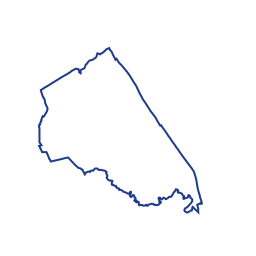 Iaslovat, Suceava, Romania (Albers equal-area conic projection), rotated 20°
{"feature_id": "2599482B36355944921749", "entity_name": "Iaslovat", "entity_type": "district", "adm_level": 2, "iso_a3": "ROU", "parent_name": "Romania", "parent_adm1": "Suceava", "projection": "albers", "projection_center": [25.985, 47.761], "detail": "fine", "context": "isolated", "style": "outline", "palette": "blue", "viewbox_px": 256, "rotation_deg": 20, "n_neighbors": 0, "source": "geoboundaries", "source_scale": "gbopen_adm2", "svg_char_len": 5820}
<svg xmlns="http://www.w3.org/2000/svg" viewBox="0 0 256 256"><g transform="rotate(20 128 128)"><path d="M222.0,171.7L219.3,168.3L219.1,167.8L218.6,167.2L218.2,166.3L217.5,165.7L216.3,164.0L214.1,160.8L209.9,153.4L207.8,150.3L205.6,147.4L204.7,146.4L201.8,144.2L189.4,136.1L184.5,132.7L181.5,130.5L179.7,129.5L178.9,128.7L173.8,125.3L170.1,122.5L169.4,122.2L168.0,121.1L165.6,119.3L159.6,115.2L158.2,114.2L157.5,114.8L153.6,111.7L150.1,108.6L143.6,104.5L136.1,98.7L132.2,96.0L129.4,93.4L126.4,90.8L121.5,85.8L117.3,82.7L113.7,79.7L111.6,78.1L108.1,75.7L100.4,71.2L98.1,70.2L97.4,69.7L96.7,69.4L95.7,68.6L94.7,67.7L93.5,66.8L92.9,67.7L92.8,68.0L88.1,63.6L86.9,62.3L86.1,61.7L85.2,61.3L84.2,60.6L83.0,59.3L80.5,61.8L79.9,63.5L78.1,66.5L77.2,67.1L76.6,68.4L74.4,68.2L73.7,68.3L73.9,71.6L73.8,72.4L73.2,73.5L71.8,75.5L70.6,76.6L68.9,77.7L67.9,79.6L67.5,81.6L66.8,82.5L66.6,83.5L66.7,84.5L66.6,86.4L66.6,86.7L66.2,87.2L65.4,87.9L63.3,90.3L63.7,90.5L63.8,91.0L64.1,91.4L64.6,91.8L64.6,92.0L64.4,92.3L64.5,92.7L64.0,92.5L63.5,92.5L63.0,92.2L62.9,91.8L63.1,91.4L63.1,91.2L62.8,91.0L61.8,90.5L61.3,89.7L58.6,90.1L56.6,92.5L55.7,93.4L55.0,94.5L54.6,95.4L54.1,95.9L53.7,96.2L53.3,97.0L49.2,101.8L42.8,109.9L36.6,117.8L36.2,118.0L34.6,120.4L33.6,121.6L33.1,122.2L33.2,122.4L33.5,122.9L34.7,124.4L35.1,125.0L35.9,126.0L36.7,126.9L37.2,127.6L37.7,128.1L37.9,128.0L39.5,129.4L39.6,129.7L40.1,130.0L40.9,131.4L41.2,132.1L41.9,133.2L43.3,134.5L43.6,135.0L45.0,136.1L45.5,136.9L46.1,138.7L46.1,140.0L45.9,141.4L45.4,143.7L45.3,145.0L44.9,146.1L43.9,146.0L43.7,147.1L43.7,147.9L43.8,149.0L43.7,149.4L43.9,151.0L44.1,151.0L44.1,151.6L43.8,152.2L44.0,153.2L44.0,153.5L43.8,154.0L43.6,154.6L43.6,154.8L44.0,155.0L44.0,155.4L43.9,155.7L44.0,155.7L43.9,156.6L43.7,156.7L44.4,157.9L44.7,158.1L45.8,161.0L48.4,168.1L49.6,171.6L52.6,173.9L50.6,175.2L52.6,177.2L52.8,177.1L55.5,180.0L59.7,178.6L62.3,181.3L64.5,183.8L64.7,184.0L64.9,183.9L66.9,185.9L73.9,181.4L75.9,180.1L79.5,177.6L81.8,176.2L85.9,178.3L91.1,180.9L95.2,182.5L96.7,182.2L97.0,182.2L98.3,182.8L98.7,182.8L99.2,182.6L99.5,182.7L100.0,183.4L101.2,184.5L101.6,184.6L102.6,185.9L103.3,186.4L103.7,184.6L103.9,184.0L104.1,183.7L105.1,183.0L105.5,182.6L105.8,182.4L106.2,182.3L107.2,182.4L107.3,182.2L107.4,181.9L107.6,181.0L108.2,180.5L109.5,180.2L110.0,179.8L110.3,178.5L110.6,177.9L110.9,177.5L111.2,177.2L112.4,176.8L113.2,176.6L113.7,176.8L114.0,177.1L114.5,177.3L114.9,177.4L115.6,177.2L116.2,176.8L116.9,176.6L119.0,176.4L120.2,176.1L120.9,176.1L122.6,176.5L123.0,176.8L123.1,177.1L122.8,177.6L122.8,177.9L124.6,179.5L125.0,180.2L125.1,180.5L124.9,181.2L124.9,181.6L125.0,182.0L125.2,182.3L126.2,182.9L126.5,183.2L127.6,183.6L128.5,183.7L130.3,183.1L131.1,183.0L131.5,183.1L131.6,183.3L131.4,184.6L131.5,185.2L132.0,186.4L132.1,186.6L132.4,186.8L132.7,186.9L132.9,186.9L133.2,186.5L133.4,186.4L135.1,186.9L136.2,186.6L136.9,186.7L137.0,187.1L137.1,187.6L137.3,187.8L137.8,188.0L138.5,187.9L139.0,188.1L139.9,188.0L140.3,188.0L140.3,188.7L140.6,189.1L140.9,189.2L141.2,189.1L141.8,188.8L142.8,188.6L144.4,188.9L145.3,189.4L145.8,189.4L148.9,189.4L149.7,189.7L150.3,189.7L150.7,189.6L151.0,189.5L151.5,188.9L151.7,188.5L151.9,187.2L152.0,187.1L152.4,186.9L152.7,187.0L153.0,188.1L153.0,188.6L152.6,189.3L152.6,190.0L152.6,190.6L153.1,191.2L153.7,191.7L154.2,191.8L154.9,191.4L155.0,191.2L155.0,190.9L154.9,190.4L155.0,189.9L155.7,189.3L156.3,189.2L156.6,189.3L157.0,189.5L157.3,189.8L157.5,190.3L157.5,190.7L157.7,191.0L158.6,191.1L158.9,191.3L159.3,191.6L159.4,192.0L159.5,192.4L159.4,193.1L159.1,193.4L158.8,193.5L158.7,193.7L158.7,193.9L158.9,194.2L159.3,194.3L160.9,193.5L161.2,193.6L161.3,193.8L160.8,194.2L160.8,194.7L161.0,194.9L161.5,194.9L161.9,194.6L162.8,193.8L163.2,193.8L163.5,194.1L163.5,194.3L164.4,196.3L164.6,196.6L165.0,196.7L165.3,196.2L165.5,196.1L166.5,196.1L167.2,195.6L167.6,195.5L168.6,195.8L169.5,195.6L170.3,195.2L170.9,194.5L171.0,194.2L171.4,194.0L172.2,194.5L172.8,194.5L173.0,194.3L173.1,194.1L173.2,193.2L173.4,193.0L174.4,192.5L175.7,191.4L176.3,191.1L176.8,191.0L177.6,190.7L177.8,190.7L178.6,191.1L179.0,191.3L179.2,191.2L179.7,190.8L179.9,190.7L180.6,190.9L181.3,190.7L181.9,190.3L182.4,190.1L183.5,188.8L183.5,188.1L184.1,187.4L184.3,186.7L183.9,186.2L183.6,186.2L183.5,186.4L183.4,187.0L182.9,187.0L182.7,186.7L182.7,186.0L181.7,185.0L180.9,183.8L180.7,183.5L180.7,183.3L181.2,182.7L181.6,182.5L181.9,182.5L182.5,183.0L183.0,183.5L183.4,183.8L184.0,183.7L184.5,183.1L184.6,182.9L184.7,182.2L184.9,181.8L185.3,181.3L186.1,181.3L186.9,181.6L187.6,181.9L188.0,181.9L189.6,180.0L190.0,179.0L190.2,178.7L190.7,178.3L191.9,178.0L192.1,177.8L192.7,175.3L192.9,174.9L192.9,174.3L192.8,173.8L192.9,173.1L193.2,172.6L193.3,172.1L193.6,171.8L193.7,171.5L193.7,171.0L194.1,170.3L194.2,170.0L194.1,169.7L193.9,169.4L193.9,169.2L194.0,169.1L195.7,169.1L196.2,169.3L196.5,169.7L196.6,169.9L196.5,170.5L196.6,170.9L196.8,171.3L197.3,171.6L197.6,171.6L198.4,171.1L199.6,171.2L200.5,171.1L201.1,171.3L201.6,171.9L202.2,172.3L202.8,172.6L203.7,172.7L204.1,173.0L204.2,173.3L204.2,173.7L203.8,174.3L203.8,174.6L204.3,175.4L204.5,175.6L204.9,175.4L205.7,174.5L207.3,173.3L208.0,172.6L208.0,172.1L207.9,171.4L207.7,170.8L207.8,170.4L208.1,170.3L208.6,170.3L209.4,170.8L209.8,171.1L210.1,171.7L210.6,172.2L212.7,173.0L212.8,173.1L213.0,173.5L213.3,174.9L213.1,176.3L212.3,178.4L211.1,181.4L209.9,183.2L209.2,183.9L209.1,184.2L209.0,185.2L209.0,185.7L209.1,186.1L209.9,186.8L212.2,187.3L212.5,187.2L212.9,186.9L213.7,186.1L214.0,185.8L215.0,184.3L216.0,183.8L216.1,183.5L216.2,183.0L215.7,181.3L215.7,180.0L216.1,180.0L217.2,180.7L218.4,181.2L219.0,181.6L221.0,182.2L222.8,183.1L222.1,181.5L221.9,180.6L221.5,179.6L219.3,176.5L220.4,175.3L221.1,174.7L221.6,174.5L222.7,174.2L222.1,173.4L222.9,173.0L222.0,171.7Z" fill="none" stroke="#1e3a8a" stroke-width="2"/></g></svg>